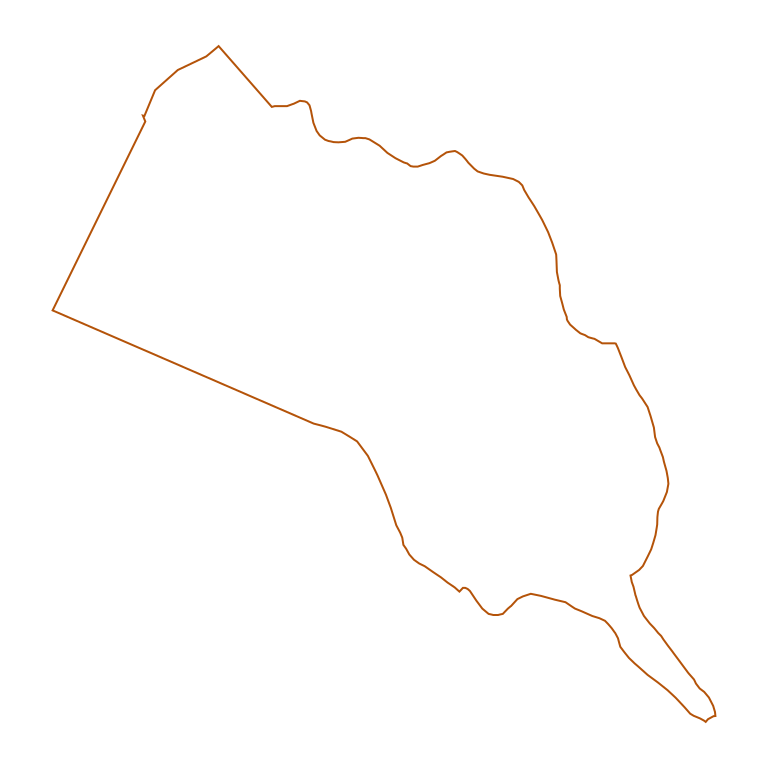 Bara Bara, Dennery, Saint Lucia
{"feature_id": "8701671B88887342435419", "entity_name": "Bara Bara", "entity_type": "district", "adm_level": 2, "iso_a3": "LCA", "parent_name": "Saint Lucia", "parent_adm1": "Dennery", "projection": "equal_earth", "projection_center": [-60.931, 13.959], "detail": "fine", "context": "isolated", "style": "outline", "palette": "amber", "viewbox_px": 768, "rotation_deg": 0, "n_neighbors": 0, "source": "geoboundaries", "source_scale": "gbopen_adm2", "svg_char_len": 3720}
<svg xmlns="http://www.w3.org/2000/svg" viewBox="0 0 768 768"><path d="M311.5,113.4L311.1,111.1L310.2,107.8L309.5,105.3L307.1,102.4L305.5,101.7L304.8,101.4L301.2,101.0L299.9,100.8L295.7,102.8L293.6,103.8L292.6,104.1L287.1,106.1L282.6,106.1L274.9,106.1L271.8,106.9L246.6,78.1L218.6,46.1L216.5,47.9L206.3,56.4L177.8,70.0L155.1,90.2L144.4,116.0L142.9,115.6L145.3,121.5L52.6,310.4L202.8,375.5L313.7,423.6L320.7,425.4L325.8,426.8L341.4,431.7L350.1,437.0L357.1,441.4L367.9,455.9L374.9,470.0L377.5,475.4L386.0,494.8L387.9,500.0L390.8,507.8L396.3,525.3L400.2,532.7L402.2,537.5L402.4,538.5L403.4,544.9L406.1,548.7L409.3,554.5L414.0,559.8L419.2,563.5L424.7,566.2L429.0,569.2L433.0,572.0L437.3,574.9L440.9,577.3L447.6,582.6L453.8,586.8L454.7,587.4L455.8,588.4L459.4,591.6L460.1,590.9L462.9,587.9L465.3,587.9L466.0,588.2L467.7,589.0L469.6,590.7L470.0,591.1L473.2,595.9L476.4,600.7L479.4,604.7L482.3,608.6L488.6,613.9L491.3,614.5L493.3,615.0L498.1,615.0L500.0,614.5L502.8,613.9L507.9,608.6L510.5,606.4L511.1,606.0L517.4,599.1L522.9,596.4L530.8,593.8L541.0,595.9L553.5,599.3L554.5,599.6L565.5,602.2L571.8,606.5L575.0,608.6L579.0,610.2L581.7,611.3L592.3,616.0L599.4,618.2L605.0,620.8L608.1,624.0L611.7,628.2L614.7,632.4L615.2,633.0L618.0,638.3L618.8,641.4L620.3,646.8L623.6,651.2L624.3,652.1L625.4,653.5L629.0,658.0L633.8,662.6L634.5,663.3L638.1,666.4L647.6,674.9L657.8,682.4L667.7,690.3L668.2,690.8L675.6,697.7L684.6,707.3L687.5,710.6L690.2,713.7L693.7,715.8L695.9,716.7L700.0,718.4L704.0,720.6L704.4,720.9L705.7,721.9L708.0,719.2L713.5,716.2L715.4,716.0L715.0,712.0L713.8,708.0L713.2,705.9L708.9,697.5L704.2,691.9L699.7,688.5L695.9,683.5L694.9,681.3L694.0,679.5L692.0,677.2L688.9,673.7L688.0,672.6L680.0,661.8L673.3,652.8L672.6,651.8L667.8,645.5L664.1,640.4L663.7,639.9L661.2,636.0L658.0,632.8L657.4,632.0L654.1,628.0L649.8,623.5L645.2,617.6L643.9,615.9L642.5,613.2L639.6,607.7L638.4,604.3L637.0,600.0L635.9,596.3L635.4,595.0L635.2,594.0L633.5,586.8L631.7,581.8L631.6,581.1L630.5,575.5L632.1,574.9L639.2,569.9L640.3,568.7L642.9,566.0L647.6,556.7L648.0,555.9L651.2,549.3L653.3,542.7L655.5,535.1L656.7,527.8L657.2,524.5L657.3,520.7L657.4,517.1L658.0,511.6L658.3,510.6L658.8,508.9L662.1,503.2L663.3,501.0L666.9,492.0L668.4,483.8L667.8,478.0L666.5,470.9L664.7,464.5L663.9,461.6L662.9,457.1L660.2,449.9L659.4,447.6L657.2,443.4L655.1,437.1L654.6,433.2L653.9,427.6L650.6,416.2L647.6,407.0L642.1,398.5L641.1,397.2L639.6,395.3L636.2,389.5L633.9,385.3L629.4,375.3L626.9,370.4L625.2,367.1L621.7,357.8L618.0,348.3L617.1,346.3L615.8,343.6L614.6,343.3L602.1,343.3L599.9,342.0L595.1,339.2L594.4,338.8L593.0,338.5L588.3,337.2L585.0,335.1L582.3,334.1L580.3,333.3L575.9,329.8L574.7,328.7L570.1,324.6L567.6,320.9L566.9,319.4L566.7,316.9L564.3,310.8L563.8,309.5L562.4,304.0L561.8,301.8L560.2,296.0L559.8,288.6L559.8,285.2L559.1,282.8L558.5,280.4L556.9,272.0L556.5,261.2L556.3,256.9L556.2,255.0L556.1,254.3L552.2,242.7L548.1,232.1L542.2,220.0L540.0,216.1L534.3,206.2L529.5,198.8L528.8,197.8L524.2,190.0L522.3,185.4L518.8,181.9L513.1,179.0L502.5,176.7L501.8,176.6L489.6,174.8L483.7,173.5L477.6,171.4L476.0,170.1L474.2,168.7L468.3,162.7L467.1,161.1L465.4,159.0L462.3,155.5L459.4,153.5L457.1,152.0L455.0,151.0L452.1,151.4L449.5,151.8L448.1,152.1L446.5,152.4L443.4,154.5L441.0,156.0L437.4,158.8L434.8,160.8L430.7,162.6L429.3,163.2L427.0,163.8L422.6,165.0L420.2,165.8L417.7,166.6L413.4,166.6L410.6,166.1L407.1,163.4L406.2,163.2L403.7,162.4L395.5,158.2L387.4,152.9L379.6,145.7L372.5,141.3L369.4,139.4L365.3,138.1L362.7,138.1L362.0,138.0L358.4,137.8L352.3,138.6L350.2,139.6L345.2,141.8L338.7,142.3L337.9,142.3L333.6,142.1L330.7,141.4L328.5,141.0L325.0,139.7L319.7,135.4L316.6,131.0L313.4,122.8L311.5,113.4Z" fill="none" stroke="#b45309" stroke-width="2"/></svg>